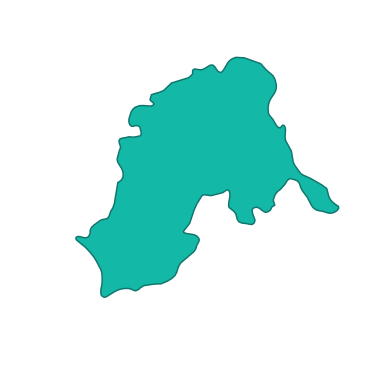 SVG path tracing the border of Batna, rotated 323°
{"feature_id": "DZA-2216", "entity_name": "Batna", "entity_type": "Province", "adm_level": 1, "iso_a3": "DZA", "parent_name": "Algeria", "parent_adm1": "", "projection": "equal_earth", "projection_center": [5.884, 35.34], "detail": "fine", "context": "isolated", "style": "filled", "palette": "teal", "viewbox_px": 384, "rotation_deg": 323, "n_neighbors": 0, "source": "natural_earth", "source_scale": "10m", "svg_char_len": 3432}
<svg xmlns="http://www.w3.org/2000/svg" viewBox="0 0 384 384"><g transform="rotate(323 192 192)"><path d="M213.3,99.3L214.6,98.8L214.6,96.5L214.1,95.1L214.0,93.5L214.2,92.8L218.2,89.9L223.4,91.7L225.0,92.5L230.4,93.9L241.2,92.6L258.1,98.7L260.6,98.6L263.5,98.1L265.4,95.6L266.6,95.0L268.2,95.4L271.8,99.1L273.6,100.3L275.8,100.9L282.5,101.6L283.6,102.1L285.0,103.2L285.5,105.2L285.5,107.1L285.3,109.3L285.4,111.4L286.4,113.6L288.3,114.1L290.8,113.5L298.9,110.1L301.9,109.7L304.8,109.9L308.1,110.9L314.6,116.4L324.1,130.9L324.8,139.5L326.6,147.3L326.4,150.1L325.9,152.4L323.9,157.0L322.5,159.0L320.6,160.8L317.8,162.5L310.7,165.0L308.0,166.5L305.4,168.5L303.1,170.9L300.7,174.6L300.0,177.2L300.3,182.6L299.6,188.4L299.5,191.2L300.1,193.0L301.6,194.0L303.4,193.3L304.7,193.3L305.5,194.0L305.5,195.9L304.3,198.4L299.3,204.2L297.7,207.2L296.0,219.1L291.0,228.7L290.4,230.9L290.1,233.1L289.9,239.9L290.0,242.9L291.0,245.5L294.8,252.4L299.9,264.3L300.6,267.0L301.7,269.9L301.3,271.4L298.6,277.8L298.0,280.9L298.0,283.3L298.4,285.7L299.6,289.8L300.3,291.6L299.4,293.2L298.5,293.6L296.4,294.1L294.0,293.9L291.7,293.3L289.7,292.2L288.4,291.0L284.4,285.7L282.2,283.4L280.4,281.0L279.4,277.9L279.3,275.1L280.9,265.5L280.9,258.2L281.2,255.4L281.6,253.6L282.7,250.6L283.0,249.2L282.8,246.5L281.4,244.1L278.9,240.7L276.7,240.0L274.2,240.4L271.1,241.7L264.3,243.1L261.0,243.1L258.8,243.5L256.7,244.2L252.7,246.8L251.5,248.4L250.5,251.7L250.2,252.2L249.8,252.4L247.3,252.0L246.8,252.1L243.7,253.6L241.1,253.6L239.1,252.8L238.2,252.1L237.7,251.0L236.9,248.9L236.4,246.7L235.6,244.7L234.4,243.0L232.7,242.2L231.0,241.8L229.6,242.2L228.5,243.5L227.4,245.8L225.4,252.3L224.6,253.1L222.9,254.2L220.4,254.1L218.0,251.8L216.5,250.0L213.3,247.0L211.6,244.2L211.6,241.3L213.8,236.0L213.9,233.1L212.3,226.7L212.9,225.1L214.5,223.1L219.9,218.0L221.3,216.0L222.2,214.0L222.1,212.0L221.1,211.4L219.1,211.1L216.3,211.1L204.9,206.3L200.2,201.6L198.6,201.0L197.3,201.1L189.0,204.3L182.9,207.6L171.3,215.6L161.7,218.2L161.1,219.3L162.1,221.3L167.6,226.9L168.3,227.9L169.2,229.8L169.5,231.0L169.5,233.3L168.9,234.7L167.3,235.9L164.5,237.1L163.2,237.9L161.2,239.4L159.2,240.4L156.3,240.9L140.6,241.8L137.9,242.7L135.0,244.3L131.7,246.8L128.2,248.4L123.7,248.9L118.7,248.4L112.0,246.7L106.4,242.8L97.2,237.8L92.4,237.4L91.1,237.7L89.1,237.4L87.8,237.0L87.2,236.7L86.6,236.0L85.0,233.0L84.1,231.8L83.0,230.6L80.1,228.5L77.2,226.9L73.9,225.7L70.3,225.0L60.3,224.1L59.0,223.5L58.1,222.6L57.7,221.5L57.4,220.1L58.2,218.1L60.3,215.4L65.4,210.6L69.3,205.6L71.5,201.9L72.5,198.9L74.1,189.4L74.5,184.8L74.3,178.4L73.6,172.0L71.0,161.5L71.0,160.1L71.5,158.9L72.4,158.5L73.7,158.7L74.8,159.4L75.9,160.5L78.4,163.7L79.0,164.2L80.6,165.1L82.6,165.4L85.7,163.7L86.2,163.2L87.3,161.6L88.4,160.8L90.6,159.8L93.7,159.4L101.7,159.5L104.1,160.2L106.2,161.3L108.4,162.1L110.8,161.6L115.7,158.4L119.0,157.2L122.9,154.6L138.4,139.9L142.3,140.0L144.2,139.4L146.2,138.3L148.2,135.7L149.3,133.4L150.0,130.5L150.4,125.3L150.8,123.3L151.4,121.6L152.4,120.3L159.2,115.0L161.6,113.6L162.7,111.4L163.5,108.9L164.5,107.1L166.4,106.3L168.8,107.0L171.0,108.3L174.5,109.8L175.9,110.8L177.3,112.2L178.9,113.4L184.2,115.9L186.1,115.5L187.5,113.4L189.5,108.4L188.6,106.4L186.9,105.0L184.7,104.2L183.4,103.2L182.8,101.6L183.1,99.7L184.0,97.7L185.4,96.0L187.3,94.4L191.7,91.4L194.6,90.3L197.6,90.1L202.1,91.5L205.2,93.7L210.8,98.6L213.3,99.3Z" fill="#14b8a6" stroke="#0f766e" stroke-width="1.5"/></g></svg>